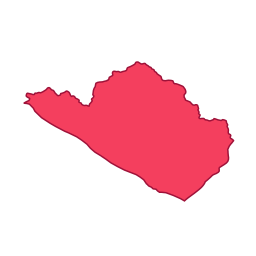 Thongmyxay, Xaignabouri, Laos (Equal Earth projection), rotated 96°
{"feature_id": "54806243B9837596905038", "entity_name": "Thongmyxay", "entity_type": "district", "adm_level": 2, "iso_a3": "LAO", "parent_name": "Laos", "parent_adm1": "Xaignabouri", "projection": "equal_earth", "projection_center": [101.179, 18.423], "detail": "fine", "context": "isolated", "style": "filled", "palette": "rose", "viewbox_px": 256, "rotation_deg": 96, "n_neighbors": 0, "source": "geoboundaries", "source_scale": "gbopen_adm2", "svg_char_len": 4577}
<svg xmlns="http://www.w3.org/2000/svg" viewBox="0 0 256 256"><g transform="rotate(96 128 128)"><path d="M194.6,64.2L193.1,62.9L191.0,60.8L188.1,57.6L186.1,55.4L183.8,53.0L181.6,50.8L179.4,48.8L177.6,47.5L176.6,46.9L175.3,46.2L173.9,45.7L173.4,45.6L171.5,43.7L168.2,40.7L167.0,39.8L165.6,38.4L164.6,36.6L163.9,35.3L162.5,33.5L161.3,32.8L160.2,32.9L158.7,33.2L157.7,32.9L156.8,31.7L155.2,29.7L154.1,28.3L152.5,26.5L150.8,25.3L148.7,24.8L146.9,24.9L145.0,25.4L142.5,25.9L140.4,26.2L139.1,26.6L136.9,25.9L135.4,25.4L133.2,24.1L132.3,23.4L131.0,22.6L129.6,21.7L128.6,22.6L127.4,25.0L127.0,25.3L126.2,25.4L125.1,25.0L124.5,25.1L123.9,25.6L123.4,26.9L122.7,27.6L121.5,27.9L120.6,27.9L119.8,27.9L118.5,28.2L116.3,29.5L115.7,29.6L114.6,29.2L114.1,29.4L112.6,30.5L110.8,31.0L110.5,31.3L110.0,32.8L109.8,34.4L109.9,35.0L110.6,35.7L110.8,36.2L110.5,39.4L109.9,41.8L109.7,43.0L109.7,43.4L110.7,43.9L112.1,46.6L112.4,47.7L112.3,48.5L111.8,50.3L111.8,51.6L111.6,52.4L110.7,53.4L110.6,54.2L110.9,56.1L111.1,57.1L111.1,57.5L110.8,58.2L110.1,58.5L109.2,58.2L108.2,57.7L107.6,57.7L107.1,58.0L106.8,58.6L106.5,59.1L105.9,59.3L105.1,59.0L104.4,59.2L103.1,60.1L102.3,60.3L102.0,60.0L101.3,59.9L98.3,61.1L97.9,61.6L97.7,62.4L97.9,63.5L98.4,64.5L98.3,65.3L98.1,66.2L96.3,68.3L95.7,68.9L95.5,69.4L95.1,70.8L94.3,73.5L94.0,73.9L92.9,74.3L92.2,74.8L91.7,75.3L90.1,75.6L89.1,75.6L87.9,74.8L87.1,74.3L85.9,74.3L84.9,74.6L83.6,75.2L81.3,77.2L80.8,78.0L80.2,79.9L79.4,82.7L79.1,84.1L79.0,85.1L79.1,86.3L78.7,87.0L77.3,87.9L76.7,88.1L76.4,88.6L76.2,90.2L76.3,92.9L77.1,95.8L77.1,97.0L77.0,98.3L76.4,99.2L75.3,99.8L73.7,100.4L73.1,100.9L72.1,102.9L71.4,104.1L70.8,105.0L69.9,105.5L69.3,106.7L68.9,107.5L67.5,108.2L67.2,108.7L66.9,109.7L66.8,110.4L65.5,111.4L65.3,111.7L65.1,112.6L64.9,113.4L64.5,113.8L63.9,114.7L63.2,116.4L62.7,117.0L62.2,117.5L62.0,118.1L62.2,119.0L62.8,120.5L62.9,121.1L62.8,121.9L61.8,124.0L61.4,124.8L61.4,125.9L61.8,126.9L62.3,127.3L63.2,127.5L64.2,128.4L65.6,130.4L66.7,132.1L67.6,133.9L68.0,134.6L68.7,135.1L70.2,135.3L71.1,135.9L71.7,137.1L72.4,139.2L73.3,141.0L73.3,141.7L73.2,142.2L72.8,143.2L72.8,143.8L73.1,145.2L73.2,145.6L73.0,146.6L73.0,147.7L73.2,148.4L73.7,148.9L74.4,149.2L75.7,149.1L76.6,148.7L77.3,148.8L78.0,149.6L78.8,150.9L79.6,151.9L80.6,152.1L81.6,152.2L82.3,152.7L82.7,153.6L83.2,153.9L84.1,156.6L84.8,158.2L85.3,161.2L85.9,163.1L86.9,164.6L88.5,164.8L90.2,164.9L92.1,165.8L94.2,166.3L97.9,166.4L98.7,166.4L99.2,165.8L99.7,165.4L100.6,165.4L101.8,166.1L102.8,167.1L103.3,167.2L103.9,167.0L104.4,166.5L105.2,166.6L105.8,167.0L106.6,167.5L108.2,168.7L109.2,168.9L110.1,168.9L110.3,169.3L110.2,170.2L109.9,170.9L109.8,172.1L110.1,173.3L110.2,174.0L110.1,174.4L110.0,175.0L109.6,176.0L109.4,176.4L109.1,176.6L108.6,176.9L108.3,177.0L108.1,177.4L107.9,178.2L107.7,178.6L107.4,179.3L107.2,179.6L106.8,179.6L106.1,179.5L105.6,179.5L105.3,179.7L105.1,180.0L104.7,180.8L104.3,181.8L104.0,182.9L103.9,183.2L103.2,183.8L102.8,184.0L102.2,184.8L101.9,185.3L101.9,185.7L101.9,186.3L102.1,186.7L102.4,187.1L102.5,187.4L102.4,187.7L102.0,188.1L101.3,188.7L100.2,189.3L99.4,189.8L99.1,190.0L98.7,190.4L98.2,191.2L97.8,192.1L97.7,192.5L97.7,192.9L97.8,193.2L98.1,193.7L98.6,194.2L99.2,194.9L99.9,196.3L100.5,197.7L100.6,198.2L100.8,198.5L101.3,198.6L101.8,198.6L102.1,198.7L102.5,199.3L103.1,200.5L103.1,201.2L103.0,201.5L102.7,201.9L102.0,202.6L101.4,203.5L100.9,204.1L100.1,204.7L99.7,205.0L98.8,205.8L98.5,206.1L98.2,207.2L97.9,208.3L97.6,208.6L97.3,208.8L96.6,209.6L96.2,210.4L96.1,210.7L96.2,211.2L96.3,211.6L96.8,212.3L97.9,213.0L98.8,213.8L100.9,216.5L101.4,217.3L102.0,218.4L102.1,218.7L102.0,219.5L102.0,220.1L102.0,220.5L102.7,222.0L102.9,222.3L103.0,222.7L103.0,223.5L103.0,223.8L103.2,224.2L104.1,224.5L104.4,224.7L104.5,225.0L104.6,226.0L104.6,226.5L104.4,227.1L104.3,227.7L104.2,228.7L104.1,229.8L104.0,230.8L103.9,231.4L104.1,231.9L104.4,232.2L104.9,232.4L106.0,232.6L106.5,232.6L106.8,232.5L107.2,232.3L107.9,231.1L108.7,229.2L109.0,228.9L109.3,228.8L110.5,229.1L111.2,229.7L112.6,232.0L114.0,233.9L114.2,234.3L114.2,231.0L114.6,228.5L118.2,224.2L121.1,222.3L126.8,215.0L131.4,206.0L134.0,200.2L137.9,190.4L139.0,186.7L142.1,178.1L144.9,172.8L148.4,167.1L152.1,163.2L155.5,158.3L158.0,153.0L161.2,146.9L164.4,141.4L167.4,134.4L170.2,127.1L172.0,120.5L173.5,115.0L175.5,110.9L177.9,106.9L181.7,103.7L181.9,103.1L182.6,102.3L182.9,102.1L183.4,101.4L183.7,100.8L184.2,99.1L184.8,98.0L185.6,97.1L185.9,96.4L185.9,94.5L186.0,93.7L187.5,92.0L188.6,90.0L188.4,87.7L188.4,83.5L190.3,75.9L192.7,68.5L194.6,64.2Z" fill="#f43f5e" stroke="#9f1239" stroke-width="1.5"/></g></svg>